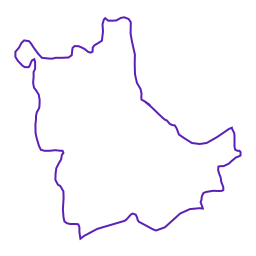 the border of Kavadartsi
{"feature_id": "MKD-2936", "entity_name": "Kavadartsi", "entity_type": "Statistical Region", "adm_level": 1, "iso_a3": "MKD", "parent_name": "North Macedonia", "parent_adm1": "", "projection": "equal_earth", "projection_center": [22.013, 41.306], "detail": "fine", "context": "isolated", "style": "outline", "palette": "violet", "viewbox_px": 256, "rotation_deg": 0, "n_neighbors": 0, "source": "natural_earth", "source_scale": "10m", "svg_char_len": 2166}
<svg xmlns="http://www.w3.org/2000/svg" viewBox="0 0 256 256"><path d="M202.9,208.6L199.6,208.2L189.9,209.1L180.2,213.5L164.9,227.3L156.0,230.5L152.9,229.3L138.8,221.7L137.7,220.1L137.0,217.3L135.7,214.6L132.6,213.6L130.8,214.6L126.5,219.5L124.4,220.9L97.2,228.9L84.3,235.8L80.4,238.7L80.3,238.3L79.4,232.0L79.4,227.2L78.3,224.3L75.9,224.0L73.6,224.0L70.0,224.0L66.8,223.2L64.4,221.4L63.5,217.2L62.9,209.2L63.6,198.3L63.4,191.3L60.2,185.9L58.0,184.8L55.4,179.9L55.6,173.4L56.3,168.2L58.9,163.1L61.1,159.4L61.9,154.8L63.4,153.1L62.6,150.8L60.9,150.8L55.4,150.2L52.6,150.5L48.9,150.8L44.5,150.8L40.8,149.7L38.9,145.7L36.7,138.3L35.6,133.4L35.4,125.2L36.0,119.2L36.0,116.0L36.9,112.0L38.0,110.3L39.3,107.5L39.6,103.5L39.6,99.5L38.7,94.6L36.3,90.7L34.0,87.7L33.1,82.8L33.6,77.1L33.6,72.0L35.1,68.9L35.1,62.0L34.3,59.2L32.1,60.3L31.0,62.3L29.9,65.2L28.8,67.1L24.7,67.1L22.5,65.7L17.9,60.9L15.4,56.9L15.4,52.5L15.4,51.8L19.1,47.5L21.5,42.9L24.1,40.4L29.1,41.2L31.0,43.5L31.4,44.1L33.8,47.8L38.2,53.8L41.9,57.8L49.5,58.6L52.8,58.6L55.6,57.8L62.1,57.8L68.6,57.5L71.7,55.2L72.5,48.1L74.5,46.1L78.2,46.1L81.0,47.2L84.5,48.9L88.0,51.8L90.4,52.6L92.5,51.8L92.8,47.5L94.5,45.2L97.5,43.5L101.9,40.7L103.0,31.6L102.5,24.2L103.9,19.6L105.2,18.2L108.2,20.7L112.8,20.7L116.5,20.4L120.8,17.9L124.3,17.3L128.6,19.0L130.8,22.2L130.6,33.6L131.7,40.1L133.0,46.1L134.9,54.6L134.7,64.0L135.0,74.3L136.9,82.8L140.6,89.1L141.5,93.6L141.3,97.1L141.5,99.6L145.6,101.9L148.1,103.7L147.4,103.7L151.5,107.1L158.6,114.0L162.7,117.8L164.9,119.7L166.6,120.3L168.1,121.9L169.7,123.8L172.1,125.0L174.8,125.4L176.7,128.5L178.9,134.5L184.9,138.6L191.9,143.0L199.6,144.0L206.6,143.0L217.2,137.0L229.2,128.8L231.8,127.8L231.8,128.3L233.2,131.1L234.2,133.0L234.5,136.3L234.5,143.3L234.5,146.4L235.1,149.6L237.4,150.8L239.5,150.8L240.6,152.2L240.5,155.5L238.1,156.7L236.3,157.2L232.0,160.7L228.6,163.8L223.6,166.1L221.5,166.1L219.8,166.3L218.4,166.6L218.1,170.1L219.3,174.1L220.6,177.2L221.3,182.1L222.4,184.7L223.3,187.3L223.3,190.1L222.0,190.8L219.2,191.0L213.1,190.8L205.9,192.0L203.4,193.1L201.9,196.2L201.4,200.0L200.6,202.2L202.9,208.5L202.9,208.6Z" fill="none" stroke="#5b21b6" stroke-width="2"/></svg>